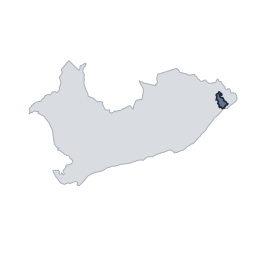 Mariscal Nieto, Moquegua, Peru shown in context, rotated 282°
{"feature_id": "86281439B75994563843922", "entity_name": "Mariscal Nieto", "entity_type": "district", "adm_level": 2, "iso_a3": "PER", "parent_name": "Peru", "parent_adm1": "Moquegua", "projection": "mercator", "projection_center": [-70.73, -17.055], "detail": "fine", "context": "in_parent", "style": "filled", "palette": "slate", "viewbox_px": 256, "rotation_deg": 282, "n_neighbors": 0, "source": "geoboundaries", "source_scale": "gbopen_adm2", "svg_char_len": 6621}
<svg xmlns="http://www.w3.org/2000/svg" viewBox="0 0 256 256"><g transform="rotate(282 128 128)"><path d="M182.5,72.7L182.4,73.4L181.6,73.8L180.8,73.3L179.6,73.4L177.8,71.8L173.5,72.1L171.6,74.0L168.8,74.4L165.7,75.3L162.2,75.6L156.7,78.7L155.5,79.9L153.0,81.7L150.9,82.3L149.9,87.9L148.0,91.1L147.2,92.9L148.3,95.6L148.2,96.9L147.1,98.0L146.2,98.1L144.3,99.3L141.5,101.7L141.0,103.6L141.9,106.1L141.6,106.4L139.3,106.9L139.4,108.3L138.9,108.8L140.8,110.8L141.9,111.3L142.0,111.8L141.8,112.3L141.4,112.5L141.3,113.0L142.8,114.4L143.8,117.4L145.8,118.9L145.9,119.8L146.5,120.8L147.5,121.5L150.0,124.5L150.0,125.9L147.5,129.1L151.7,129.1L156.4,130.2L157.1,130.7L157.7,132.1L157.7,133.1L158.7,133.8L158.6,135.6L164.8,135.6L168.8,135.2L175.3,129.8L176.3,129.4L175.7,130.5L175.7,131.4L176.0,132.3L175.3,133.6L175.2,146.6L176.4,145.9L177.9,147.2L179.0,147.2L182.6,145.7L186.7,146.0L196.4,163.1L195.5,164.3L195.6,165.1L194.4,165.9L193.2,167.3L193.1,174.1L192.1,176.2L192.7,177.3L193.2,179.5L194.1,180.8L194.3,181.6L194.2,181.9L192.9,182.7L192.8,183.9L190.4,186.4L190.0,188.0L189.1,188.6L188.9,190.5L191.1,193.5L189.7,195.4L188.4,198.1L190.6,203.8L191.5,204.6L192.5,204.5L193.9,205.0L194.6,205.9L192.9,207.0L192.6,207.5L192.7,209.3L190.8,210.8L188.2,214.4L187.5,214.6L186.2,215.6L186.0,216.2L186.2,216.7L187.3,217.8L187.4,219.1L185.6,220.7L184.2,220.9L183.7,221.3L184.3,223.6L184.3,224.6L183.9,225.8L182.9,227.0L180.2,228.4L177.6,228.6L173.3,225.3L172.0,223.9L167.7,221.1L167.0,218.1L165.6,216.7L163.0,215.6L160.9,214.1L159.3,213.4L155.5,210.1L152.0,209.0L145.4,205.5L141.9,204.4L137.3,201.1L134.9,200.2L132.9,198.7L127.0,195.5L126.1,194.5L125.2,192.9L123.8,191.9L122.4,189.8L120.1,188.5L118.0,186.8L115.4,182.2L114.2,181.2L114.1,179.1L113.2,178.2L114.5,177.5L115.3,174.3L114.9,172.7L111.9,168.4L111.3,166.7L109.1,163.4L108.3,161.4L106.6,160.0L105.8,158.7L104.9,158.2L104.8,156.7L104.1,153.8L103.2,152.4L99.7,149.7L99.3,146.8L98.6,144.7L93.7,136.5L90.9,128.6L88.5,124.3L87.5,121.7L87.5,120.4L85.7,118.1L84.8,115.9L80.8,111.9L78.5,107.3L78.2,106.0L76.7,103.5L74.1,100.2L72.9,98.9L65.3,94.9L61.8,92.5L61.3,91.2L61.5,90.5L62.3,89.8L63.4,90.4L64.0,90.1L64.6,89.3L64.6,87.9L63.9,86.2L61.5,82.8L62.1,81.3L59.6,77.4L60.2,73.7L60.8,72.7L64.5,68.9L65.5,67.3L67.0,66.3L68.6,64.7L70.6,63.5L71.1,63.9L71.7,66.0L71.6,67.3L72.2,68.9L70.8,70.2L69.4,69.9L68.8,70.3L68.6,70.9L68.8,72.0L69.2,72.4L70.3,72.4L68.8,74.4L68.9,74.8L69.9,75.2L70.9,74.7L72.0,73.5L72.6,73.4L76.3,75.3L78.0,75.1L79.3,76.0L79.5,77.4L81.3,80.2L84.1,80.9L84.5,80.7L85.2,79.6L85.8,79.5L85.9,77.9L88.3,76.3L88.6,75.1L88.3,74.3L88.4,73.7L89.8,70.0L90.2,69.7L90.6,68.5L91.2,67.8L92.0,63.7L92.6,63.7L93.3,64.6L94.0,64.4L93.6,63.5L93.7,63.1L96.4,59.9L97.2,59.2L110.0,54.6L116.3,50.0L122.0,43.5L123.7,36.9L124.4,37.4L125.4,37.2L125.1,34.6L125.3,33.3L125.3,32.9L123.5,31.3L122.8,29.6L121.3,28.6L121.4,28.2L123.0,28.6L124.4,28.5L125.7,27.4L126.6,27.5L128.7,29.0L130.3,29.1L130.8,30.1L132.3,30.9L134.4,33.2L135.4,35.7L135.3,36.1L136.3,37.4L138.3,38.0L140.4,39.9L142.6,40.4L143.5,42.1L144.1,42.6L144.4,43.5L144.1,44.6L144.4,45.2L146.0,46.2L147.3,46.2L147.6,46.7L148.4,49.4L147.9,50.8L148.1,51.5L149.8,52.2L150.4,52.8L151.8,52.9L153.8,52.3L156.3,53.2L158.2,52.9L159.1,52.7L160.0,52.0L160.7,52.1L162.7,50.3L163.2,50.2L165.3,51.0L167.1,52.1L169.2,51.9L170.1,51.2L171.7,50.8L174.5,52.2L175.1,52.9L175.9,53.1L179.0,54.5L179.5,55.1L181.1,55.7L181.4,56.1L181.3,56.6L174.2,67.8L176.4,68.7L178.5,68.2L179.5,68.9L180.3,70.7L182.0,71.9L182.5,72.7Z" fill="#d9dde1" stroke="#a8b0b8" stroke-width="1"/><path d="M180.6,212.7L180.9,212.5L180.9,212.4L181.0,212.3L181.0,212.2L181.2,211.9L181.2,211.2L181.3,211.1L181.5,211.0L181.6,210.8L181.6,210.7L181.8,210.6L181.9,210.4L182.0,210.4L182.2,210.1L182.0,209.9L182.2,209.7L182.1,209.4L181.9,209.3L181.9,209.2L181.6,209.2L181.5,209.3L181.4,209.3L181.2,209.5L181.0,209.4L180.9,209.3L180.7,209.2L180.4,209.0L180.3,208.9L180.2,208.8L180.3,208.7L180.2,208.5L180.2,208.4L180.2,208.2L179.8,207.9L179.7,207.8L179.2,207.6L178.9,207.5L178.8,207.4L178.6,207.3L178.4,207.4L178.4,207.5L178.2,207.7L178.1,207.8L177.9,208.0L177.7,208.0L177.4,208.1L177.1,208.3L176.8,208.4L176.7,208.3L176.3,208.3L176.2,208.4L175.9,208.5L175.8,208.4L175.7,208.4L175.4,208.4L175.2,208.4L174.8,208.3L174.8,208.2L174.8,208.3L174.7,208.3L174.6,208.5L174.3,208.5L174.5,208.7L174.5,208.8L174.4,209.1L174.1,209.2L173.9,209.2L173.9,209.4L173.8,209.6L173.8,209.8L173.7,210.0L173.7,210.3L173.5,210.5L173.3,210.5L173.2,210.7L172.9,210.7L172.9,210.8L172.7,210.8L172.4,210.9L172.2,210.9L171.9,210.8L171.7,210.9L171.4,210.7L171.3,210.8L171.2,210.7L170.8,210.6L170.7,210.6L170.6,210.8L170.4,211.0L170.2,211.2L170.1,211.3L170.1,211.5L169.9,211.6L169.7,211.8L169.7,212.0L169.6,212.3L169.4,212.3L169.2,212.3L169.0,212.5L168.8,212.6L168.7,212.5L168.4,212.7L168.2,212.8L167.9,212.8L167.7,212.7L167.6,212.8L167.6,213.0L167.4,213.1L167.1,213.2L167.1,213.3L167.2,213.6L167.3,213.6L167.5,213.6L167.8,213.7L167.9,213.8L167.8,214.0L167.9,214.3L168.0,214.3L168.1,214.5L167.9,214.7L167.9,214.8L167.7,214.9L167.5,215.0L167.3,215.3L167.2,215.5L166.9,215.7L166.8,216.0L166.6,216.1L166.7,216.3L167.0,216.3L167.1,216.5L167.1,216.8L167.3,216.9L167.4,217.0L167.3,217.3L167.4,217.5L167.6,217.6L167.6,217.8L167.8,217.7L167.9,217.8L167.9,218.1L168.0,218.3L168.0,218.5L168.0,218.4L168.4,218.2L168.6,218.4L168.8,218.3L169.0,218.3L169.3,218.4L169.5,218.5L169.7,218.3L169.8,218.3L169.9,218.5L170.0,218.6L170.1,218.8L170.3,218.8L170.5,218.8L170.6,219.3L170.8,219.5L171.0,220.0L171.4,220.4L171.9,220.5L172.1,220.6L172.3,220.7L172.4,220.4L172.5,220.3L172.5,220.2L172.6,219.9L172.6,219.7L172.8,219.6L172.9,219.4L173.0,219.3L173.1,219.2L173.3,219.0L173.4,218.9L173.5,218.7L173.8,218.4L174.0,218.3L174.0,218.1L174.2,217.9L174.0,217.7L174.1,217.3L174.2,217.0L174.4,216.9L174.5,216.7L174.4,216.6L174.4,216.4L174.5,216.4L174.6,216.2L174.8,215.9L175.0,215.8L175.1,215.7L175.3,215.8L175.5,215.7L175.6,215.8L175.7,215.7L175.9,215.6L176.0,215.6L176.3,215.3L176.5,215.2L176.7,214.9L176.7,214.7L176.8,214.6L176.8,214.4L177.0,214.3L177.3,214.3L177.3,214.1L177.4,213.9L177.3,213.7L177.2,213.6L177.1,213.4L177.3,213.2L177.3,212.9L177.2,212.9L177.1,212.7L177.3,212.4L177.3,212.2L177.3,211.9L177.3,211.7L177.5,211.6L177.7,211.4L177.8,211.3L178.0,211.3L178.0,211.2L178.3,211.1L178.5,210.9L178.8,210.8L179.0,210.9L179.3,210.8L179.4,211.0L179.5,211.1L179.8,211.2L180.0,211.3L180.2,211.5L179.9,211.5L179.7,211.7L179.7,211.8L179.6,211.7L179.5,211.8L179.4,212.0L179.3,212.3L179.3,212.5L179.4,212.8L179.6,212.9L179.8,212.8L179.9,212.7L180.0,212.7L180.2,212.4L180.3,212.4L180.5,212.5L180.6,212.7Z" fill="#64748b" stroke="#1e293b" stroke-width="1.5"/></g></svg>